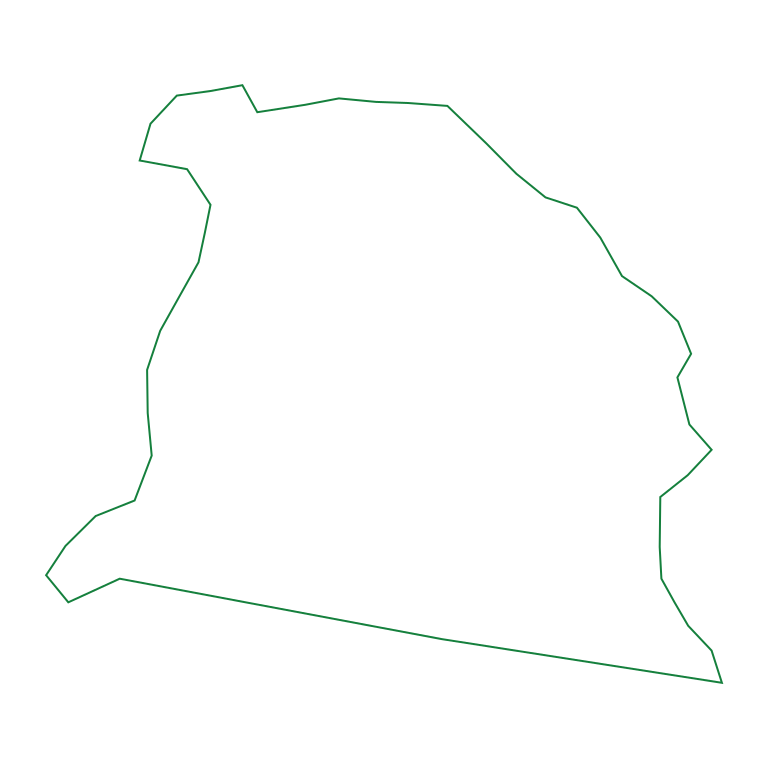 Areial, Paraíba, Brazil (Mercator projection)
{"feature_id": "56859067B12551730275049", "entity_name": "Areial", "entity_type": "district", "adm_level": 2, "iso_a3": "BRA", "parent_name": "Brazil", "parent_adm1": "Paraíba", "projection": "mercator", "projection_center": [-35.932, -7.048], "detail": "fine", "context": "isolated", "style": "outline", "palette": "green", "viewbox_px": 768, "rotation_deg": 0, "n_neighbors": 0, "source": "geoboundaries", "source_scale": "gbopen_adm2", "svg_char_len": 695}
<svg xmlns="http://www.w3.org/2000/svg" viewBox="0 0 768 768"><path d="M721.9,682.8L711.6,650.6L688.2,625.8L674.5,602.3L661.4,578.7L659.7,547.0L660.3,497.0L687.7,475.2L711.6,449.8L689.4,424.5L677.4,377.4L691.1,353.8L678.0,321.6L651.7,296.3L622.0,276.1L600.3,237.6L576.9,207.7L545.5,197.4L516.4,173.8L486.2,143.3L447.4,105.9L408.0,103.0L376.0,101.9L338.9,98.4L305.2,104.8L257.3,112.2L242.4,85.2L210.5,91.0L176.8,95.6L150.5,123.7L139.7,160.5L187.1,169.2L210.5,204.8L204.8,233.0L198.5,262.3L178.5,298.0L160.2,330.8L147.1,369.9L147.7,413.0L151.7,455.6L134.6,500.5L95.7,516.0L65.5,545.9L46.1,575.2L68.3,602.3L119.7,578.7L441.7,639.1L721.9,682.8Z" fill="none" stroke="#15803d" stroke-width="2"/></svg>